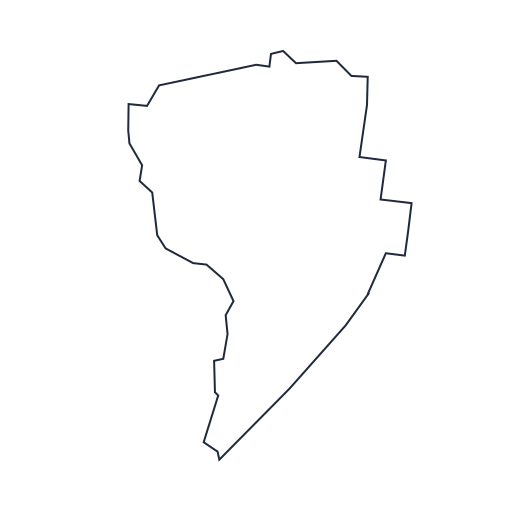 Assumption, Louisiana, United States of America (Mercator projection), rotated 8°
{"feature_id": "52423323B50058154101732", "entity_name": "Assumption", "entity_type": "district", "adm_level": 2, "iso_a3": "USA", "parent_name": "United States of America", "parent_adm1": "Louisiana", "projection": "mercator", "projection_center": [-91.067, 29.854], "detail": "fine", "context": "isolated", "style": "outline", "palette": "slate", "viewbox_px": 512, "rotation_deg": 8, "n_neighbors": 0, "source": "geoboundaries", "source_scale": "gbopen_adm2", "svg_char_len": 694}
<svg xmlns="http://www.w3.org/2000/svg" viewBox="0 0 512 512"><g transform="rotate(8 256 256)"><path d="M341.7,63.0L325.4,64.4L308.5,51.5L268.8,59.5L254.3,49.2L242.7,53.8L242.9,66.6L229.6,66.6L136.3,100.5L127.2,122.5L108.7,123.3L112.0,149.5L115.0,162.1L130.6,182.0L130.3,197.9L144.4,207.6L155.3,249.2L165.5,261.1L194.7,271.8L208.2,271.4L226.8,283.5L240.0,303.8L234.2,318.8L238.7,337.4L237.9,362.4L229.1,365.6L234.3,396.6L238.0,399.4L230.1,447.7L245.2,455.1L248.0,462.8L307.7,382.6L354.4,312.3L372.6,277.8L372.1,277.7L384.2,235.2L403.3,234.9L403.2,209.6L402.9,192.9L402.7,182.0L371.5,182.7L371.3,143.3L344.7,143.6L344.9,91.1L341.7,63.0Z" fill="none" stroke="#1e293b" stroke-width="2"/></g></svg>